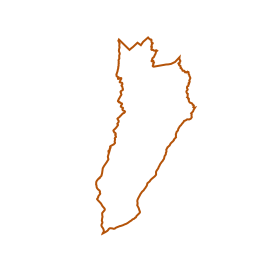 outline of Buhera, Manicaland, Zimbabwe, rotated 53°
{"feature_id": "62879985B49874859197959", "entity_name": "Buhera", "entity_type": "district", "adm_level": 2, "iso_a3": "ZWE", "parent_name": "Zimbabwe", "parent_adm1": "Manicaland", "projection": "equal_earth", "projection_center": [31.813, -19.506], "detail": "fine", "context": "isolated", "style": "outline", "palette": "amber", "viewbox_px": 256, "rotation_deg": 53, "n_neighbors": 0, "source": "geoboundaries", "source_scale": "gbopen_adm2", "svg_char_len": 5733}
<svg xmlns="http://www.w3.org/2000/svg" viewBox="0 0 256 256"><g transform="rotate(53 128 128)"><path d="M197.0,211.7L197.5,208.8L197.7,206.5L197.6,205.6L197.1,204.2L197.1,203.0L197.5,202.3L198.7,201.0L199.9,200.1L200.4,199.1L200.3,198.0L200.8,195.8L201.0,195.3L201.4,193.6L201.7,193.2L202.6,190.5L202.9,188.9L203.5,186.9L203.7,185.1L203.7,183.0L203.9,180.8L203.7,179.6L203.8,178.9L204.1,178.1L204.1,177.1L203.9,176.3L204.1,175.8L204.1,175.4L203.4,174.1L203.1,171.9L202.9,170.2L202.6,169.3L202.1,168.9L200.1,168.3L198.6,167.7L195.2,167.1L194.9,166.5L194.4,166.3L193.9,165.6L192.0,164.6L191.3,163.9L190.3,162.2L188.6,158.5L188.3,158.0L187.8,156.4L187.5,155.7L187.3,154.6L187.2,153.1L186.5,151.1L186.3,150.1L185.8,149.0L185.7,148.4L184.9,147.0L184.2,146.3L183.8,145.7L183.7,142.9L183.1,141.1L182.9,139.6L182.7,135.6L182.2,133.7L180.0,132.1L179.5,131.3L179.1,130.3L178.8,129.2L178.3,127.9L177.8,127.3L177.2,125.9L176.2,124.0L175.3,121.2L175.2,120.3L174.6,118.9L174.5,118.3L174.1,117.6L172.7,116.0L172.3,115.3L171.9,113.9L171.4,113.3L170.7,112.8L170.0,111.5L168.3,110.4L168.0,109.6L167.6,108.8L167.3,107.8L167.2,107.8L167.0,105.3L166.0,103.2L165.7,101.0L165.7,100.4L165.5,99.4L165.4,98.8L165.1,98.7L164.8,98.2L164.3,95.2L163.4,94.8L162.5,93.9L161.8,93.6L161.2,92.6L160.5,91.8L160.0,89.6L158.7,88.0L158.6,87.3L157.8,85.7L157.7,84.2L157.4,83.2L157.1,82.3L156.7,80.2L156.3,79.4L156.1,78.9L156.5,77.9L156.7,76.5L156.6,76.0L156.8,75.4L158.0,74.0L158.3,72.7L158.3,71.9L157.7,70.5L156.9,70.2L156.0,69.6L155.3,68.8L154.3,68.8L153.9,66.1L152.9,64.5L152.1,62.4L152.0,62.7L150.7,63.3L150.0,62.1L149.6,61.9L148.9,62.0L148.4,62.4L147.7,62.1L146.8,62.1L145.2,63.1L144.9,63.3L144.1,63.3L142.9,63.1L141.3,61.8L141.1,61.8L140.7,62.3L139.9,61.9L139.6,61.9L139.1,62.2L138.9,61.6L136.7,59.7L136.2,60.0L135.9,60.0L134.5,59.7L134.0,59.4L133.6,58.7L133.3,57.3L133.1,57.1L131.6,56.9L130.9,56.3L130.5,55.7L130.7,54.5L129.8,53.7L129.5,52.7L129.2,52.4L128.7,52.6L128.5,52.3L128.4,51.2L127.9,50.7L127.0,50.5L125.8,48.3L125.1,47.9L123.5,47.7L122.3,47.1L121.3,47.1L120.5,46.4L119.7,46.1L119.3,46.6L118.9,46.6L118.9,47.7L118.4,47.8L117.9,48.2L118.0,48.8L117.9,48.9L117.0,48.9L116.6,48.7L116.0,48.8L115.2,49.8L114.9,49.6L114.0,49.7L113.2,49.5L112.4,49.7L112.1,49.4L111.9,49.4L111.7,49.7L111.3,49.3L110.6,49.3L110.0,48.8L108.8,49.3L108.4,49.3L108.1,49.2L107.8,48.6L107.4,49.0L106.8,48.9L106.8,48.7L107.2,48.2L107.0,47.6L106.6,47.4L106.4,46.3L105.8,45.8L105.6,45.7L104.7,45.7L104.2,45.4L103.2,45.4L102.8,44.6L102.5,44.3L103.6,50.7L102.7,55.1L101.4,57.6L100.2,59.4L94.6,70.4L94.2,70.8L93.6,71.0L93.2,70.8L92.6,69.6L92.0,69.4L91.6,69.0L91.6,68.2L91.5,67.9L91.2,67.8L90.7,68.0L90.3,67.9L90.0,67.5L89.6,67.4L89.4,67.7L89.4,68.4L89.0,68.9L88.7,68.9L87.7,67.3L87.1,66.7L86.9,65.8L87.0,65.0L86.8,64.3L86.1,63.2L85.3,61.4L83.9,59.6L83.8,59.0L83.8,58.3L83.1,58.5L83.0,58.9L82.7,59.1L82.4,60.0L81.8,60.7L80.7,61.0L80.0,62.0L79.4,62.1L78.9,61.4L78.4,61.2L78.2,60.7L77.9,60.5L77.7,60.1L77.4,60.1L77.4,60.6L77.1,60.6L76.1,59.1L75.6,58.8L75.4,58.5L75.4,57.6L75.2,57.2L74.8,57.3L74.5,57.6L73.9,57.6L73.0,57.2L71.9,56.3L71.5,56.2L71.3,56.3L71.2,56.8L70.9,57.0L70.3,57.0L69.5,57.4L67.8,57.5L68.3,64.1L69.6,67.9L65.6,69.1L66.3,75.4L66.3,77.2L66.5,79.8L51.9,82.0L52.2,82.5L52.5,83.2L52.8,83.3L53.8,83.0L54.5,83.8L55.6,83.9L56.2,84.7L57.2,85.6L58.5,86.2L59.7,87.7L60.7,88.7L61.7,89.2L63.2,89.6L63.9,90.0L64.7,91.3L65.2,91.7L67.4,93.2L67.9,94.3L68.2,94.8L69.1,95.2L70.1,96.1L70.8,96.4L71.1,96.9L72.8,98.2L73.4,99.2L74.1,99.5L75.6,101.4L76.3,102.1L76.5,102.4L77.8,104.3L78.1,104.9L78.3,105.1L78.8,105.2L79.4,105.8L80.0,105.9L81.7,105.1L82.0,105.7L82.5,106.3L82.8,106.4L83.0,106.2L83.2,105.2L83.6,103.9L83.9,103.5L84.1,103.4L84.7,103.8L85.1,105.0L86.3,107.0L86.6,107.0L88.3,105.6L88.7,105.6L89.0,105.7L89.8,106.3L89.9,106.5L89.9,107.0L90.0,107.4L90.2,107.7L90.8,107.8L91.6,107.7L92.1,107.9L92.7,108.3L93.9,108.6L94.5,109.3L94.3,111.2L94.6,112.2L95.2,112.5L95.6,112.6L95.8,112.5L96.1,112.8L97.3,113.1L97.8,114.0L97.9,114.6L98.8,116.5L99.2,117.8L99.6,118.2L100.1,119.4L100.4,119.8L100.7,119.9L101.7,119.3L101.9,119.3L102.1,119.7L102.5,119.6L102.8,119.0L103.0,118.8L103.8,118.7L104.8,118.1L105.1,118.2L105.3,118.3L105.6,119.0L105.9,120.0L106.3,120.6L106.6,120.9L107.9,120.5L108.8,119.9L109.1,120.0L109.5,121.0L110.0,121.4L110.9,121.4L112.5,120.5L113.2,120.6L113.5,121.2L113.6,121.8L113.6,122.2L113.3,122.8L113.4,123.4L113.4,124.8L113.8,125.9L113.7,126.6L114.1,128.1L114.1,130.3L114.3,130.9L116.8,131.2L117.6,132.0L118.2,134.0L118.5,134.1L119.5,134.1L119.7,134.3L120.6,137.3L120.9,139.2L121.0,140.6L121.4,141.3L123.5,141.6L123.8,141.3L124.1,141.2L124.7,141.1L125.2,141.3L125.5,141.4L125.8,142.4L127.2,142.6L127.9,143.0L127.9,144.0L128.4,144.9L129.3,145.2L131.0,147.0L131.9,147.2L132.2,147.5L132.5,149.2L132.0,152.3L132.0,153.4L132.2,153.6L132.7,153.5L133.2,153.7L133.4,154.0L133.3,154.7L133.5,155.0L134.2,155.3L134.4,155.5L134.5,155.8L134.4,157.1L134.5,157.3L135.2,157.9L136.0,158.1L136.4,158.4L136.4,158.2L138.7,161.3L139.8,161.9L141.1,162.4L141.5,163.0L141.8,164.0L142.2,164.8L144.0,170.2L145.0,172.4L148.8,176.2L149.7,177.5L150.1,177.8L150.3,178.5L150.7,181.5L150.9,181.4L150.9,182.8L151.4,184.7L151.9,185.7L152.3,186.1L154.1,187.6L154.7,187.6L156.3,188.6L157.6,188.9L158.4,188.9L159.3,188.8L160.8,188.4L162.0,188.7L162.6,189.4L163.4,189.5L163.7,189.7L163.9,189.9L164.6,192.6L165.0,193.3L165.5,193.6L165.8,194.4L165.9,195.1L166.2,195.5L167.9,195.5L168.2,195.4L172.0,195.0L175.1,195.4L178.1,195.2L178.9,195.4L179.4,195.9L179.6,196.4L180.3,199.5L180.6,200.0L182.4,201.2L183.6,201.8L184.5,202.9L186.3,204.7L187.8,205.1L188.4,205.6L189.1,207.1L190.0,208.0L191.4,208.3L192.8,208.3L194.3,208.6L195.6,209.2L196.3,209.9L196.8,211.4L197.0,211.7Z" fill="none" stroke="#b45309" stroke-width="2"/></g></svg>